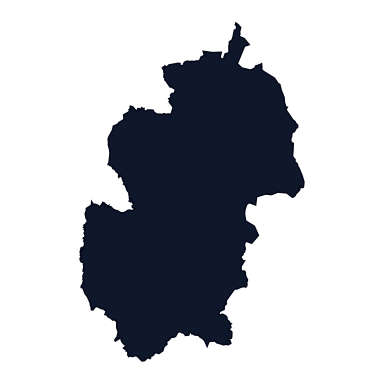 Hidalgo, Michoacán, Mexico
{"feature_id": "50627088B4017945101472", "entity_name": "Hidalgo", "entity_type": "district", "adm_level": 2, "iso_a3": "MEX", "parent_name": "Mexico", "parent_adm1": "Michoacán", "projection": "natural_earth1", "projection_center": [-100.689, 19.626], "detail": "fine", "context": "isolated", "style": "filled", "palette": "ink", "viewbox_px": 384, "rotation_deg": 0, "n_neighbors": 0, "source": "geoboundaries", "source_scale": "gbopen_adm2", "svg_char_len": 5953}
<svg xmlns="http://www.w3.org/2000/svg" viewBox="0 0 384 384"><path d="M231.2,323.7L230.1,323.3L228.7,321.0L227.9,320.8L226.9,319.0L227.0,317.6L225.6,315.7L222.3,314.2L219.5,315.2L219.0,313.8L219.3,312.4L220.3,311.1L224.1,309.4L224.3,305.8L226.4,303.8L226.0,302.6L226.4,300.2L234.5,289.0L236.7,289.0L241.4,287.0L244.4,286.6L245.7,287.1L246.6,286.3L247.0,284.3L246.5,282.2L247.2,281.4L247.5,279.8L245.6,276.0L245.2,272.2L244.5,271.1L241.2,271.0L241.0,266.5L244.5,260.8L243.1,260.8L241.2,257.9L240.2,257.2L243.0,254.6L243.1,253.0L243.8,252.1L244.2,252.2L244.7,251.1L245.3,248.5L244.5,245.7L244.6,243.4L245.8,241.1L251.7,243.2L258.4,235.4L254.3,226.2L245.6,220.9L244.5,213.8L244.9,209.9L246.4,204.9L249.0,202.5L255.6,205.0L256.6,196.7L265.7,194.0L271.4,194.6L277.8,192.1L286.8,192.9L291.4,196.6L292.6,197.3L293.1,197.1L295.0,195.7L295.7,194.2L299.7,189.9L299.2,188.7L299.8,187.5L300.2,187.7L300.2,186.7L301.8,187.6L303.1,187.4L303.6,186.0L303.9,181.8L302.1,175.8L298.9,168.0L297.4,165.6L297.6,164.7L297.1,163.9L296.6,164.0L296.5,163.0L295.0,162.1L295.0,159.4L293.0,157.4L292.6,155.5L293.1,148.7L292.6,147.3L293.1,147.0L293.3,143.5L292.2,143.7L292.2,142.9L291.2,141.9L290.7,142.0L290.8,139.1L291.8,135.8L291.6,133.7L292.1,133.3L291.9,132.4L294.3,131.8L296.3,128.0L297.6,127.5L297.6,125.1L295.1,122.5L295.1,121.7L292.8,119.8L286.0,109.8L287.2,107.2L286.2,107.2L285.5,106.0L284.4,102.4L284.1,97.7L281.1,89.9L279.8,84.5L278.0,83.4L274.5,78.2L261.8,70.3L262.2,70.0L261.2,69.3L261.9,67.7L261.5,63.7L259.1,65.2L258.4,64.9L257.8,66.0L256.4,65.7L256.3,66.9L255.5,66.4L254.7,68.2L250.5,70.1L241.9,68.0L237.3,63.7L244.5,46.2L249.2,44.6L244.1,38.5L239.7,36.6L239.2,35.0L239.9,34.3L239.6,31.7L240.7,27.3L239.2,26.4L238.8,25.2L235.9,23.0L235.3,24.7L236.8,26.3L236.2,30.0L234.4,30.1L233.3,35.5L233.7,36.2L232.8,37.2L232.3,39.4L231.0,41.2L230.3,41.0L229.2,42.4L229.6,44.3L228.9,45.5L229.0,52.2L227.7,53.2L225.1,53.9L223.5,59.1L221.3,58.9L220.1,57.2L221.3,52.3L212.3,52.6L203.2,51.3L204.4,55.4L201.0,57.0L199.9,59.8L200.1,60.1L199.4,60.5L197.4,61.2L196.1,60.9L194.4,61.6L191.5,61.2L190.1,61.8L188.5,61.2L186.5,61.3L184.5,62.3L183.7,63.7L183.4,65.2L182.4,65.8L179.8,65.1L180.0,63.6L178.1,63.3L169.1,64.9L166.5,67.2L165.0,65.9L164.6,67.6L163.6,66.8L162.3,67.9L163.4,68.7L163.2,69.4L163.9,69.4L163.8,72.3L164.7,73.1L164.1,74.2L163.9,77.1L164.9,77.3L164.9,80.0L165.8,80.7L170.1,87.0L171.1,86.9L175.0,89.1L175.2,90.3L174.3,93.2L171.9,93.5L170.5,95.0L170.9,96.8L170.5,97.9L168.8,98.6L170.0,100.1L169.1,101.5L169.3,102.1L173.2,107.2L171.0,114.4L168.0,113.9L166.6,114.5L164.4,113.7L162.2,114.4L156.5,114.0L153.9,112.0L153.1,110.2L148.0,109.9L145.4,111.2L143.9,110.2L144.0,108.4L142.7,108.6L141.7,107.7L140.7,109.3L138.6,108.5L137.8,108.8L137.3,110.2L136.2,111.0L132.8,106.9L130.6,106.1L130.1,106.4L130.5,108.2L129.1,109.5L129.3,111.1L128.9,111.9L123.6,114.9L124.0,118.6L123.6,119.8L118.8,122.6L117.9,124.1L113.3,126.2L112.7,129.8L108.6,137.3L108.1,140.1L108.5,141.2L108.4,145.2L109.6,149.2L110.0,153.8L109.0,162.6L108.1,164.4L112.1,166.5L112.9,168.6L114.7,169.2L116.2,171.7L118.2,173.2L118.8,174.3L118.5,176.3L118.8,177.3L120.3,175.6L121.0,176.6L122.6,177.4L122.3,178.4L123.0,179.1L122.6,179.7L123.5,180.4L123.1,181.2L124.5,182.9L123.5,184.1L126.1,186.0L125.7,187.0L126.5,187.9L126.5,189.0L127.7,191.3L129.1,192.7L128.9,194.6L129.4,195.6L129.4,198.3L131.2,199.1L130.5,199.7L129.8,199.4L129.2,201.1L130.9,201.9L132.3,201.3L132.9,201.8L132.5,202.2L132.6,202.9L133.5,203.0L133.4,203.7L134.0,203.7L134.1,204.9L132.3,205.8L132.3,207.2L133.1,207.9L134.5,207.8L135.6,208.4L134.5,208.8L133.3,210.2L131.4,210.6L129.7,210.0L128.0,210.3L124.2,212.7L121.0,212.8L117.6,211.1L117.6,210.7L116.8,210.9L113.2,209.2L110.7,206.6L107.8,206.9L108.5,205.6L107.6,206.0L105.9,204.5L105.0,205.1L104.7,203.2L103.8,202.8L103.5,203.2L102.8,202.7L102.9,203.7L102.0,203.8L100.0,206.9L97.4,205.0L95.4,204.3L93.4,204.4L91.7,201.7L91.4,205.2L86.3,208.5L86.5,209.9L85.2,213.8L86.1,218.2L87.5,220.7L86.5,223.3L85.9,223.3L85.6,224.1L84.0,225.1L84.0,226.3L84.5,226.5L84.2,227.0L84.4,227.6L83.8,227.6L85.2,229.3L84.2,229.7L85.3,230.6L84.1,233.2L85.2,235.4L84.7,237.8L83.6,237.7L83.2,238.4L84.7,239.4L83.7,241.2L84.8,242.9L84.4,244.5L84.6,246.1L83.5,246.6L83.3,248.3L82.6,248.4L81.9,247.5L81.1,248.0L80.6,250.0L81.7,250.9L80.5,251.0L80.2,252.0L80.7,254.9L80.4,255.5L81.2,255.9L81.3,256.7L80.5,257.4L80.7,257.9L80.1,258.7L80.5,259.1L80.2,259.9L81.0,261.7L82.4,262.5L83.2,262.1L84.0,263.2L83.4,264.5L83.9,266.4L83.1,270.8L83.2,271.3L84.2,271.7L84.2,273.2L83.3,274.7L82.9,276.9L83.4,278.2L82.9,279.5L83.7,280.8L82.9,282.3L83.0,283.4L81.3,285.9L81.2,287.5L82.9,287.9L85.0,293.5L87.7,297.2L90.3,303.2L90.5,305.6L91.7,307.6L91.2,308.0L91.4,309.8L93.1,309.9L94.7,307.4L96.1,306.5L97.5,306.7L101.9,308.9L103.5,308.6L104.2,309.8L106.3,311.1L104.9,314.5L106.6,314.9L108.4,317.1L110.4,318.0L112.8,320.1L114.2,319.7L117.2,322.0L117.3,322.6L116.7,323.0L116.8,327.8L118.2,332.2L117.1,336.8L115.1,339.5L114.8,340.6L115.5,341.0L120.8,337.6L122.1,338.5L121.0,339.7L122.4,342.5L124.5,344.7L125.8,344.5L126.1,345.1L126.1,345.9L123.5,348.1L126.5,350.4L126.3,351.0L127.1,351.0L128.2,353.4L127.6,354.5L128.7,356.6L130.1,356.0L132.7,356.6L134.5,355.8L136.3,355.8L137.5,356.4L141.7,360.8L142.6,361.0L144.7,360.5L147.7,357.5L149.9,358.6L150.6,357.9L150.7,356.0L152.6,355.8L155.5,352.5L158.9,353.5L162.8,350.8L164.0,346.8L167.0,344.2L166.9,343.5L166.4,343.4L166.7,341.6L169.1,339.9L170.9,337.5L174.1,337.1L175.6,336.3L177.7,332.4L178.3,332.3L178.8,331.6L180.6,331.9L182.0,332.8L182.8,332.5L185.1,334.6L185.3,335.4L188.5,335.1L189.1,334.6L189.1,331.6L189.6,331.1L192.1,334.0L192.9,333.7L194.7,335.0L198.4,335.3L200.2,337.2L202.6,338.5L204.8,341.0L207.1,346.4L208.8,342.0L210.5,341.0L212.7,341.3L214.9,341.0L216.6,342.7L223.9,344.9L224.2,344.2L228.2,344.7L230.8,343.4L230.1,340.9L228.3,339.9L229.3,338.9L231.2,338.3L231.7,337.1L231.9,332.2L228.7,329.0L230.9,327.6L230.3,324.5L231.2,323.7Z" fill="#0f172a" stroke="#020617" stroke-width="1.5"/></svg>